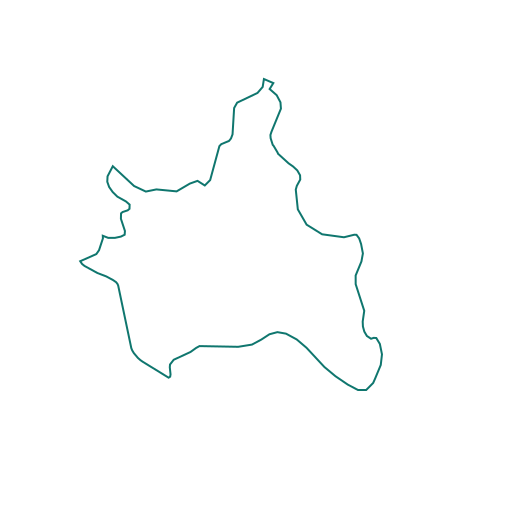 the Province of Verbano-Cusio-Ossola, rotated 125°
{"feature_id": "ITA-5437", "entity_name": "Verbano-Cusio-Ossola", "entity_type": "Province", "adm_level": 1, "iso_a3": "ITA", "parent_name": "Italy", "parent_adm1": "", "projection": "mercator", "projection_center": [8.313, 46.111], "detail": "fine", "context": "isolated", "style": "outline", "palette": "teal", "viewbox_px": 512, "rotation_deg": 125, "n_neighbors": 0, "source": "natural_earth", "source_scale": "10m", "svg_char_len": 1636}
<svg xmlns="http://www.w3.org/2000/svg" viewBox="0 0 512 512"><g transform="rotate(125 256 256)"><path d="M104.4,341.0L111.4,340.6L112.4,331.3L116.1,324.1L121.0,320.1L145.3,314.6L148.6,313.6L151.1,311.6L155.4,306.0L155.6,304.9L158.9,297.6L159.6,296.6L161.4,282.5L161.4,277.0L162.2,271.3L164.6,266.2L168.0,263.6L175.1,262.8L178.8,261.5L193.8,248.5L201.3,232.5L200.3,214.3L190.2,194.7L182.2,187.7L181.0,185.8L182.4,181.6L185.9,176.8L192.6,169.9L200.0,166.5L214.8,163.2L221.9,158.2L238.8,135.9L248.5,131.0L252.4,128.0L255.8,123.9L257.9,119.3L257.8,114.3L255.5,112.6L254.2,110.4L257.0,104.1L264.3,96.4L273.7,91.3L288.2,88.1L292.8,87.2L302.6,88.9L307.3,95.7L308.7,107.0L308.9,122.0L307.7,136.3L302.2,162.0L301.0,174.8L302.4,186.9L306.1,194.8L312.4,200.1L321.4,203.7L330.9,208.5L340.6,218.5L362.2,250.6L365.6,252.3L372.2,254.6L388.2,263.9L394.2,264.2L396.6,262.8L402.0,258.1L404.1,257.1L405.8,257.8L407.6,288.2L407.6,291.0L407.2,294.4L405.6,300.4L404.3,303.3L403.0,305.3L359.3,351.9L358.4,353.3L357.7,355.5L357.7,359.2L358.6,366.9L360.9,376.1L362.5,390.7L362.3,393.8L361.7,395.5L361.1,397.0L346.0,387.9L341.3,387.9L329.4,391.5L327.3,393.1L325.9,387.4L322.1,382.0L317.6,377.8L313.9,375.8L310.7,377.7L303.0,388.0L298.5,391.0L296.5,390.5L292.2,387.3L289.9,386.7L286.4,389.0L285.9,393.8L286.9,403.6L285.8,410.1L283.7,415.9L280.5,420.4L275.9,423.3L264.6,424.8L268.6,396.0L266.4,383.2L258.6,375.8L248.6,358.1L234.6,351.7L228.0,347.0L227.6,338.4L220.1,337.1L187.0,349.0L184.3,348.6L177.2,344.1L174.1,343.9L169.8,345.0L147.3,358.8L141.2,359.4L121.6,348.3L113.7,347.5L106.5,351.0L104.4,341.0Z" fill="none" stroke="#0f766e" stroke-width="2"/></g></svg>